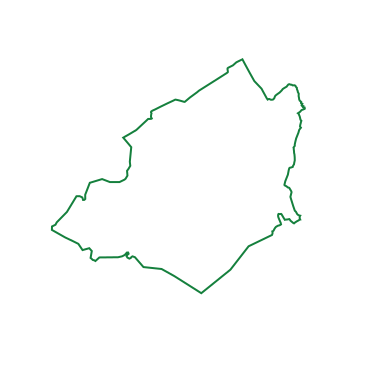 Bankass, Mopti, Mali (Robinson projection), rotated 242°
{"feature_id": "8926073B46110396602069", "entity_name": "Bankass", "entity_type": "district", "adm_level": 2, "iso_a3": "MLI", "parent_name": "Mali", "parent_adm1": "Mopti", "projection": "robinson", "projection_center": [-3.598, 13.688], "detail": "fine", "context": "isolated", "style": "outline", "palette": "green", "viewbox_px": 384, "rotation_deg": 242, "n_neighbors": 0, "source": "geoboundaries", "source_scale": "gbopen_adm2", "svg_char_len": 3667}
<svg xmlns="http://www.w3.org/2000/svg" viewBox="0 0 384 384"><g transform="rotate(242 192 192)"><path d="M98.3,152.7L105.4,189.5L117.5,216.5L116.5,242.4L117.0,243.0L117.7,243.7L118.4,244.1L119.5,244.4L119.4,245.1L119.6,245.9L120.6,247.3L121.4,248.7L121.8,249.8L121.9,251.9L121.5,253.8L121.5,254.3L121.6,255.4L123.1,255.8L126.4,256.1L128.5,256.3L129.7,256.5L130.7,256.9L131.7,257.6L132.0,258.1L131.3,259.1L130.8,260.4L130.3,260.6L125.5,260.8L124.6,260.9L123.9,260.9L123.8,261.3L123.6,261.8L122.8,263.8L122.6,264.6L122.4,265.2L121.7,265.4L120.4,265.5L118.0,266.5L116.8,267.0L116.4,267.4L116.7,268.6L116.9,270.7L116.9,272.8L117.0,273.5L117.1,274.0L116.9,274.6L118.1,274.7L119.1,275.2L119.8,275.6L120.3,276.4L120.9,275.7L122.2,274.8L122.8,274.6L123.3,274.5L123.6,274.5L125.7,274.5L126.4,274.3L127.2,274.0L131.7,274.7L139.1,276.1L141.5,276.6L144.1,278.9L144.8,279.6L145.8,280.0L148.6,279.9L150.0,279.8L150.6,279.3L151.0,278.8L151.1,278.7L152.0,278.4L153.3,277.7L154.4,276.9L155.0,277.0L157.7,279.4L162.3,284.8L165.8,287.6L167.3,289.0L167.5,289.7L167.1,291.1L167.0,291.9L166.8,292.6L167.4,293.2L168.1,294.2L168.5,295.0L169.7,295.9L171.7,297.6L174.5,299.0L177.1,300.1L178.6,300.5L180.3,301.3L181.7,301.8L182.7,302.3L183.6,302.5L184.0,303.4L184.5,304.4L185.8,305.1L187.6,306.6L190.4,309.1L194.4,313.8L196.4,315.7L197.0,316.8L197.4,317.9L197.7,318.4L198.6,318.1L199.3,318.2L200.9,319.5L201.6,320.2L202.8,321.2L203.5,322.0L204.9,321.7L206.6,322.2L208.2,322.6L209.6,322.7L210.6,322.9L211.3,322.7L211.8,322.5L211.9,323.5L212.1,325.2L212.4,325.9L212.9,327.2L212.9,327.3L212.7,328.5L212.6,329.7L212.5,330.3L212.6,330.7L213.1,330.9L213.8,331.1L214.3,330.4L214.8,329.8L215.3,329.8L215.7,330.5L216.2,330.0L216.4,329.6L217.2,329.5L217.7,330.5L218.1,330.9L218.6,330.5L219.2,330.0L219.8,330.2L220.2,330.7L220.8,330.5L221.2,330.4L222.1,330.0L223.4,330.1L225.0,330.7L226.7,331.2L228.0,332.0L228.7,332.4L230.8,332.4L231.3,332.7L232.0,332.8L233.3,332.9L233.8,333.0L234.7,333.5L235.8,333.2L236.6,333.1L237.3,333.2L238.1,332.6L238.5,331.8L238.9,330.9L239.9,330.4L240.6,329.3L240.8,329.2L241.4,328.7L241.7,327.7L241.3,326.5L240.6,325.0L240.5,322.4L240.3,320.4L239.6,319.0L238.7,316.1L238.3,313.0L237.9,310.8L236.8,309.3L236.1,308.6L235.8,307.7L235.6,306.9L235.9,306.0L236.5,304.9L237.6,304.1L237.8,303.9L238.2,303.1L238.1,302.2L239.6,302.0L247.4,301.9L250.6,301.9L256.7,300.2L260.7,299.1L270.1,298.9L280.5,298.8L281.5,298.8L283.8,298.8L285.0,298.8L285.5,298.8L285.6,295.4L285.7,292.1L285.0,289.2L284.6,287.6L284.7,282.9L284.7,282.2L284.5,281.5L284.0,281.1L282.0,280.4L281.1,280.0L280.8,279.3L280.2,272.0L279.5,262.9L278.8,253.6L278.2,245.7L277.7,243.4L276.4,234.5L275.3,229.4L275.0,227.9L275.3,227.4L278.2,224.4L279.3,223.2L281.0,221.2L281.4,220.6L281.5,217.7L281.8,212.1L282.1,204.1L282.2,198.6L282.4,195.1L282.2,193.7L281.6,193.2L280.5,193.2L279.8,192.5L278.2,191.4L277.4,191.0L276.2,191.0L275.8,191.0L275.8,190.2L276.3,189.1L277.0,187.8L277.1,187.6L276.3,184.7L272.9,172.0L272.5,164.1L272.3,156.8L264.0,158.6L260.1,159.4L247.9,151.3L244.1,149.8L242.2,146.7L241.2,144.6L236.8,142.7L234.9,139.6L234.6,138.2L234.8,132.6L239.3,124.2L245.6,118.7L248.1,106.1L239.7,96.4L236.0,94.5L235.6,93.3L236.1,92.1L238.7,92.6L241.0,90.9L242.5,88.0L233.1,72.2L228.7,58.3L227.2,56.1L227.3,52.2L224.3,50.5L211.4,58.7L204.5,63.8L199.6,67.3L192.1,68.1L190.6,74.9L186.9,75.8L181.4,71.5L180.5,71.9L178.6,72.5L177.5,73.7L176.4,74.3L177.7,79.5L169.1,96.1L168.0,100.2L168.0,103.1L169.1,106.1L168.5,107.2L167.2,107.0L166.8,105.3L166.1,104.1L164.4,104.2L162.6,105.4L162.5,106.9L163.1,108.2L163.1,109.3L161.2,111.0L148.5,113.9L138.3,129.0L125.9,137.0L98.3,152.7Z" fill="none" stroke="#15803d" stroke-width="2"/></g></svg>